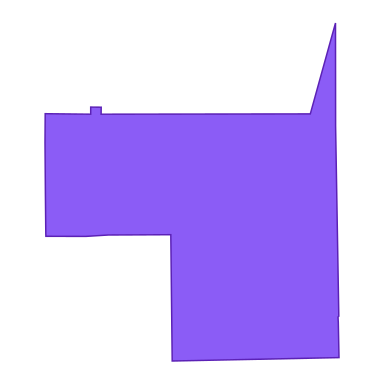 outline of Hendry, Florida, United States of America
{"feature_id": "52423323B13528942112308", "entity_name": "Hendry", "entity_type": "district", "adm_level": 2, "iso_a3": "USA", "parent_name": "United States of America", "parent_adm1": "Florida", "projection": "albers", "projection_center": [-81.278, 26.606], "detail": "fine", "context": "isolated", "style": "filled", "palette": "violet", "viewbox_px": 384, "rotation_deg": 0, "n_neighbors": 0, "source": "geoboundaries", "source_scale": "gbopen_adm2", "svg_char_len": 374}
<svg xmlns="http://www.w3.org/2000/svg" viewBox="0 0 384 384"><path d="M45.2,113.7L45.0,142.4L45.4,194.7L45.8,233.9L45.9,236.3L85.8,236.4L108.3,235.0L170.8,234.7L172.2,361.0L339.0,357.6L338.3,322.1L338.0,317.1L338.8,316.2L335.6,126.0L335.5,23.0L310.3,113.9L101.1,114.2L101.2,107.2L90.7,107.1L90.7,114.2L45.2,113.7Z" fill="#8b5cf6" stroke="#5b21b6" stroke-width="1.5"/></svg>